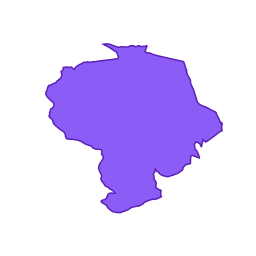 Ubate, Cundinamarca, Colombia (Natural Earth projection), rotated 290°
{"feature_id": "7082276B92428342220208", "entity_name": "Ubate", "entity_type": "district", "adm_level": 2, "iso_a3": "COL", "parent_name": "Colombia", "parent_adm1": "Cundinamarca", "projection": "natural_earth1", "projection_center": [-73.82, 5.317], "detail": "fine", "context": "isolated", "style": "filled", "palette": "violet", "viewbox_px": 256, "rotation_deg": 290, "n_neighbors": 0, "source": "geoboundaries", "source_scale": "gbopen_adm2", "svg_char_len": 5776}
<svg xmlns="http://www.w3.org/2000/svg" viewBox="0 0 256 256"><g transform="rotate(290 128 128)"><path d="M211.7,117.2L211.1,117.0L210.8,116.8L210.5,115.6L209.4,113.3L209.3,113.0L209.0,112.6L209.0,112.4L209.1,111.0L209.1,110.2L208.7,109.3L208.3,108.8L207.8,108.5L207.3,108.0L207.1,107.8L206.9,107.4L207.1,106.2L207.1,105.1L206.9,104.2L206.0,102.0L205.8,101.7L204.6,100.7L204.4,100.5L204.2,100.2L203.6,98.9L203.2,97.7L203.1,97.2L202.5,95.4L202.4,95.0L201.9,93.4L201.6,93.0L201.0,92.4L200.5,91.1L200.4,88.0L200.4,85.0L200.5,84.2L200.4,81.5L199.9,79.8L199.8,79.4L199.3,78.0L198.3,76.2L198.0,77.8L197.9,79.5L197.6,80.8L197.4,82.6L197.1,83.7L196.7,85.4L195.5,90.2L195.5,90.8L195.3,91.3L195.1,91.6L194.5,92.1L192.6,93.8L191.4,94.8L189.6,94.6L186.4,88.5L181.5,78.9L180.5,76.9L179.4,75.2L177.9,71.5L176.6,69.8L176.4,69.3L176.4,69.0L176.5,68.4L176.5,67.8L176.4,67.4L176.1,66.8L175.5,66.5L175.4,66.4L175.0,64.8L174.7,64.1L174.4,63.8L173.6,63.1L172.9,62.7L170.9,60.6L169.5,59.5L167.4,58.1L166.1,57.7L164.6,57.5L164.7,56.5L165.1,55.7L165.5,54.9L165.8,54.5L165.8,54.2L165.8,53.8L164.6,51.3L164.5,50.1L164.1,49.0L163.9,48.6L163.7,48.6L163.5,48.4L163.2,47.4L162.6,46.4L161.9,46.7L160.3,47.0L159.4,46.6L158.3,45.8L158.1,45.8L157.9,45.9L157.6,46.2L157.2,46.3L156.6,46.8L156.3,47.1L155.2,47.7L154.7,47.8L151.3,47.8L150.9,47.1L150.7,46.9L149.4,46.3L147.4,45.0L145.9,44.6L145.5,44.3L144.0,42.4L143.4,42.1L143.1,41.8L142.9,41.7L142.4,41.0L142.0,40.7L141.6,40.2L141.4,39.9L141.3,39.6L141.0,39.1L140.6,38.8L140.2,38.8L138.8,38.9L138.1,38.6L137.9,38.6L137.1,38.8L135.9,39.3L135.2,38.9L134.4,38.6L132.7,38.9L132.1,39.1L131.4,39.4L130.9,39.9L130.5,40.5L129.6,41.5L127.4,46.0L126.5,49.1L126.0,49.4L124.8,50.4L124.4,50.7L123.8,50.7L122.9,50.7L121.3,50.4L120.7,50.1L119.5,48.9L119.2,48.8L118.8,48.8L118.4,48.9L117.9,49.1L117.4,49.1L115.9,49.0L114.8,49.3L113.7,49.9L113.1,49.9L112.7,49.6L112.3,49.7L112.0,49.9L111.5,50.4L111.0,51.3L110.3,53.4L109.5,54.4L109.2,54.6L108.9,54.9L107.3,56.0L107.0,56.4L106.4,57.2L106.0,58.1L105.3,59.4L104.1,62.9L103.6,64.2L103.3,65.5L102.7,68.0L102.5,68.7L102.3,69.2L101.8,69.8L101.0,70.8L100.4,71.3L99.5,71.8L98.6,72.2L97.1,73.6L96.9,74.8L97.4,76.1L97.7,77.5L98.1,78.8L98.3,79.1L98.5,79.6L98.6,80.8L99.0,82.8L99.4,85.1L99.4,88.0L99.3,89.4L98.8,90.8L98.5,92.0L98.4,93.8L98.3,94.7L98.4,98.0L98.6,100.0L98.4,100.4L97.6,101.2L97.3,101.5L97.2,102.9L97.1,104.0L97.2,105.1L97.5,106.2L98.2,108.5L98.3,109.1L98.3,110.4L97.8,111.0L97.4,111.3L94.7,112.0L94.0,112.5L92.7,114.7L92.1,114.8L90.5,114.9L88.8,114.8L88.4,114.6L87.1,114.3L85.8,113.9L83.8,113.7L82.2,113.7L80.8,114.0L79.4,114.6L77.3,116.4L75.9,117.9L75.5,118.2L74.8,119.1L73.8,119.7L72.5,119.9L71.3,119.8L70.4,120.2L69.6,120.9L68.2,123.2L66.4,125.7L65.9,126.3L65.7,126.6L65.6,127.3L65.6,128.3L65.6,129.3L65.5,129.7L64.7,131.2L64.4,132.5L64.4,133.1L64.0,134.8L63.4,136.4L62.6,137.6L62.5,138.0L62.3,137.7L61.8,136.6L61.5,136.1L61.3,135.7L61.1,134.3L61.0,134.0L60.5,133.2L59.3,132.1L58.8,131.9L58.4,131.8L57.9,132.0L57.4,132.0L56.8,131.7L55.6,131.8L54.3,131.6L53.4,131.1L52.9,130.6L51.8,129.3L51.1,128.3L51.0,128.1L50.8,128.0L50.3,127.9L49.2,128.3L48.3,132.7L48.1,133.8L47.9,134.4L46.8,135.4L46.0,136.6L44.7,140.2L44.3,141.7L44.3,142.7L44.3,143.6L44.9,146.9L45.7,149.3L46.2,150.4L47.6,151.7L48.7,152.9L49.1,153.7L50.0,154.7L51.5,156.2L52.7,157.2L53.5,157.7L54.1,158.1L55.3,159.4L56.1,160.8L57.4,162.9L57.9,163.6L58.1,164.7L59.8,166.2L60.2,166.7L61.5,167.8L63.1,168.5L63.8,169.0L65.0,170.1L65.9,170.9L66.4,171.5L68.8,174.5L69.7,175.9L69.9,177.0L70.1,177.6L70.8,178.8L71.5,179.3L71.6,179.6L72.1,180.3L73.9,181.8L74.3,182.3L74.7,182.9L75.5,182.3L76.5,181.6L77.7,181.2L79.5,180.5L80.1,180.6L80.5,180.5L80.7,180.4L80.8,180.1L80.6,179.5L80.6,179.0L81.0,177.0L81.2,175.1L82.9,174.0L83.3,173.9L84.4,173.9L84.9,173.8L85.5,173.6L87.3,172.3L88.2,171.1L88.5,170.5L88.8,170.2L90.2,169.4L91.6,168.9L93.6,167.6L93.9,167.6L94.5,167.6L95.5,168.1L96.2,168.2L97.4,167.8L98.2,167.7L98.7,167.7L98.2,168.1L97.9,168.9L97.7,169.2L97.5,169.6L97.1,170.1L97.0,171.7L96.8,172.1L96.2,172.7L96.0,173.1L95.4,174.8L95.3,175.7L95.2,177.7L95.6,180.5L95.6,181.6L95.7,181.9L96.1,182.5L98.5,185.5L99.2,186.7L100.1,187.4L100.3,187.7L100.5,188.0L101.3,188.9L102.1,190.1L102.6,190.5L103.2,190.9L104.7,191.7L104.9,191.9L105.1,192.3L105.5,192.5L105.8,192.7L107.3,193.6L107.9,193.8L109.0,193.3L109.8,193.3L110.6,193.6L111.0,193.8L111.5,194.2L112.5,194.3L112.9,194.5L113.4,194.9L114.4,196.6L114.9,197.5L115.4,198.2L115.8,198.6L116.0,198.7L116.5,198.7L118.2,198.0L120.2,197.5L121.9,196.9L123.2,196.8L124.2,197.4L124.3,198.3L124.2,201.4L124.2,205.3L125.1,205.0L125.7,204.4L127.5,202.9L128.0,202.4L129.0,201.6L130.3,200.1L131.0,198.5L131.3,198.1L131.6,197.8L132.1,197.6L133.4,197.2L134.1,196.7L134.8,196.1L135.8,196.1L137.5,196.5L138.1,196.5L138.2,196.9L138.2,197.4L138.3,198.1L138.3,198.5L138.2,198.6L138.1,199.2L137.8,199.9L137.7,200.6L137.7,200.8L136.8,202.2L136.0,202.5L135.7,203.4L135.8,203.4L137.0,203.2L137.4,203.2L138.5,202.9L139.6,202.9L142.7,202.6L141.4,205.7L142.7,206.5L142.9,206.8L142.8,207.0L143.1,207.2L151.3,212.7L154.7,214.7L157.5,217.0L157.7,217.4L159.1,216.5L161.4,215.5L162.6,215.3L163.9,215.2L164.2,215.1L164.4,214.9L164.9,213.9L164.5,213.8L164.3,213.6L168.9,209.0L171.0,206.7L172.4,205.6L172.8,205.1L173.0,204.4L173.4,199.9L174.0,196.2L174.3,193.9L174.3,189.8L174.6,187.9L175.1,185.9L175.9,184.6L177.3,183.2L179.0,182.2L182.5,179.4L186.3,176.6L188.5,174.3L191.4,171.6L192.3,171.1L193.2,170.8L194.5,170.2L199.1,164.7L199.5,164.9L199.8,164.6L200.7,164.0L201.7,163.2L202.1,163.5L203.3,162.4L209.4,157.6L206.1,131.6L205.8,128.4L205.7,125.9L205.9,124.1L205.9,123.4L205.7,122.2L205.2,120.0L205.3,118.1L205.9,117.9L206.6,117.9L207.8,117.8L209.0,117.8L209.6,117.6L211.6,117.8L211.7,117.7L211.7,117.2Z" fill="#8b5cf6" stroke="#5b21b6" stroke-width="1.5"/></g></svg>